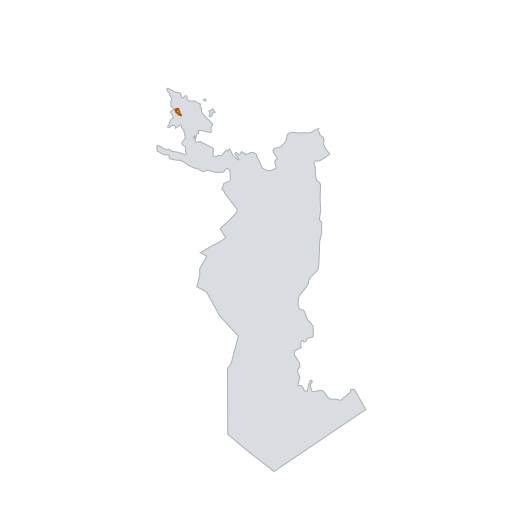 location of Narin, Namangan, Uzbekistan, rotated 236°
{"feature_id": "79887680B11323044548647", "entity_name": "Narin", "entity_type": "district", "adm_level": 2, "iso_a3": "UZB", "parent_name": "Uzbekistan", "parent_adm1": "Namangan", "projection": "mercator", "projection_center": [71.985, 40.952], "detail": "fine", "context": "in_parent", "style": "filled", "palette": "amber", "viewbox_px": 512, "rotation_deg": 236, "n_neighbors": 0, "source": "geoboundaries", "source_scale": "gbopen_adm2", "svg_char_len": 4330}
<svg xmlns="http://www.w3.org/2000/svg" viewBox="0 0 512 512"><g transform="rotate(236 256 256)"><path d="M391.4,236.2L398.5,232.8L402.4,235.1L402.7,236.4L398.4,238.9L394.6,240.3L393.4,243.5L389.6,244.9L385.7,249.4L379.7,253.9L379.6,254.8L380.1,255.6L382.1,256.1L386.1,258.5L389.9,257.1L390.9,257.5L391.9,258.9L392.9,262.9L394.6,264.0L400.1,266.2L404.3,266.2L406.4,267.0L406.7,266.6L407.0,260.6L408.7,261.6L410.6,260.9L411.3,257.9L411.0,255.9L412.3,254.8L413.0,255.5L413.1,257.3L415.1,258.5L416.6,261.5L417.0,264.9L420.9,265.8L422.2,265.2L423.3,265.5L423.8,269.8L424.4,270.2L427.7,269.3L430.8,271.1L434.2,274.4L438.0,274.6L438.8,275.2L441.5,274.7L444.6,275.6L444.7,276.1L444.2,276.8L436.7,280.8L434.6,283.5L433.0,284.4L428.5,282.9L427.8,284.5L428.6,286.2L427.6,288.0L425.3,287.3L424.8,286.4L422.6,286.9L420.0,289.7L418.7,292.1L416.3,292.8L412.9,295.1L411.6,293.3L409.2,293.5L406.0,291.6L404.4,291.3L390.1,293.7L389.0,293.4L387.5,290.2L383.9,288.5L384.0,286.9L391.4,280.2L392.2,278.2L389.8,277.0L390.2,275.3L385.4,269.9L384.6,269.6L383.9,269.8L382.1,273.8L369.4,280.6L367.5,279.9L364.7,277.4L362.8,276.5L360.5,278.6L360.6,281.2L358.3,283.2L360.4,290.1L360.2,291.0L358.6,291.2L359.8,293.8L358.7,294.1L352.7,293.1L345.6,294.7L345.8,295.8L352.1,295.6L353.0,296.1L353.1,296.9L352.8,297.5L349.4,298.1L349.1,299.1L350.8,302.2L350.0,302.8L348.8,302.3L347.9,304.2L345.8,304.1L344.6,310.0L342.9,312.0L340.5,313.0L325.6,310.4L321.7,312.2L319.1,314.8L317.4,321.2L317.6,321.9L324.0,324.3L325.0,328.2L332.7,328.5L334.0,329.1L334.6,330.1L335.0,331.1L332.8,337.4L333.7,342.9L334.9,345.4L339.4,350.2L339.2,352.9L338.2,355.2L336.9,357.3L335.6,358.1L333.7,360.7L332.0,363.9L328.7,368.1L327.7,370.4L327.3,377.1L326.4,379.1L326.3,378.3L325.1,377.6L321.8,377.4L321.1,376.5L316.8,378.1L314.0,377.4L311.3,374.6L306.0,373.6L299.2,374.2L299.0,367.3L299.3,362.1L301.6,358.0L301.5,357.2L300.4,355.8L296.3,354.7L291.6,351.5L287.1,349.3L284.6,348.6L281.8,349.8L279.2,349.5L267.4,341.0L257.4,334.9L250.6,328.7L247.3,329.3L238.6,323.5L232.9,317.3L214.1,303.6L210.4,300.2L209.5,298.5L208.0,290.0L206.3,286.1L203.9,283.9L201.9,279.8L198.8,269.7L197.6,267.9L192.0,263.6L188.7,262.5L186.3,263.2L185.0,264.9L183.1,265.1L174.9,263.3L165.8,264.1L157.8,258.9L157.3,258.1L157.3,256.7L158.8,253.2L158.5,251.7L157.5,250.1L157.5,248.3L158.2,247.4L159.7,247.7L160.2,247.1L160.0,246.1L158.2,244.0L154.5,242.0L155.2,240.7L155.4,237.3L155.9,235.6L155.5,235.0L152.7,232.5L143.7,232.4L141.6,231.6L139.9,230.7L138.2,226.9L137.3,226.0L131.1,224.5L124.8,218.1L123.5,220.9L122.3,221.5L117.5,220.8L115.1,222.6L121.0,229.2L122.3,231.1L122.2,232.4L120.5,232.6L119.0,229.4L118.0,228.5L112.5,226.8L110.6,228.8L110.1,231.3L107.7,235.6L104.9,236.4L98.2,236.6L96.2,237.6L94.9,238.7L92.3,242.5L89.0,245.5L90.2,257.4L92.4,260.4L90.2,262.9L67.3,261.2L67.3,150.4L100.3,139.7L124.0,132.9L178.0,169.0L179.2,170.4L179.9,173.5L181.3,175.9L199.6,196.6L226.3,192.4L253.5,194.8L263.7,189.8L271.7,198.8L276.7,202.0L283.4,215.1L290.0,211.7L288.8,227.2L288.1,231.9L288.0,241.1L298.7,241.4L301.0,256.1L303.4,265.4L305.7,266.4L325.9,265.1L327.4,265.8L330.3,264.9L332.2,267.8L334.2,269.8L332.8,276.2L335.3,278.7L340.9,281.7L344.3,281.6L344.9,280.5L344.8,279.0L344.0,277.4L344.0,275.6L344.6,274.2L347.9,269.4L353.4,264.6L354.7,262.9L355.2,259.9L357.1,258.2L361.8,256.3L362.5,254.7L368.3,250.9L374.8,248.5L377.8,246.5L380.7,242.8L384.9,238.9L386.5,238.9L387.6,240.1L388.6,240.2L391.4,236.2ZM390.1,272.4L389.3,270.6L388.3,269.9L387.8,270.2L389.4,272.5L390.1,272.4ZM402.2,302.6L398.0,302.5L398.7,299.7L397.1,298.4L396.8,297.0L397.2,295.7L398.2,295.2L399.5,297.2L402.7,298.1L401.7,300.1L402.5,302.2L402.2,302.6ZM415.1,299.7L414.3,302.2L412.4,301.1L412.7,300.4L415.1,299.7Z" fill="#d9dde1" stroke="#a8b0b8" stroke-width="1"/><path d="M422.7,271.4L422.7,270.8L421.7,270.7L421.7,271.7L421.3,272.1L421.2,272.0L421.2,271.0L421.0,270.5L420.7,270.1L420.3,270.4L419.9,270.3L419.5,270.6L419.3,270.1L419.0,270.2L418.8,270.9L418.3,271.1L418.0,271.4L417.6,271.8L417.0,271.9L417.1,271.4L416.9,270.9L417.1,270.8L416.8,270.6L416.4,270.8L416.0,271.2L415.3,271.8L414.4,272.2L414.7,272.9L415.7,272.7L416.5,272.6L417.5,272.7L418.1,273.3L419.6,273.4L420.0,273.6L420.5,273.3L420.9,273.4L421.2,273.9L421.5,273.5L421.8,273.7L422.3,272.9L422.4,272.5L422.7,272.2L422.7,271.4Z" fill="#f59e0b" stroke="#b45309" stroke-width="1.5"/></g></svg>